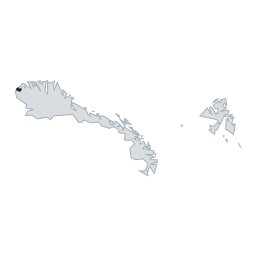 Flekkefjord nor, Vest-Agder, Norway (highlighted), rotated 90°
{"feature_id": "86288312B20196044889227", "entity_name": "Flekkefjord nor", "entity_type": "district", "adm_level": 2, "iso_a3": "NOR", "parent_name": "Norway", "parent_adm1": "Vest-Agder", "projection": "albers", "projection_center": [6.638, 58.382], "detail": "fine", "context": "in_parent", "style": "filled", "palette": "slate", "viewbox_px": 256, "rotation_deg": 90, "n_neighbors": 0, "source": "geoboundaries", "source_scale": "gbopen_adm2", "svg_char_len": 4899}
<svg xmlns="http://www.w3.org/2000/svg" viewBox="0 0 256 256"><g transform="rotate(90 128 128)"><path d="M144.0,121.4L139.2,125.0L140.4,126.5L140.0,131.6L133.4,130.8L132.9,136.8L128.7,138.2L126.8,143.2L128.4,146.7L125.8,154.6L122.1,156.9L122.8,165.2L120.0,172.7L122.0,173.7L122.4,177.4L114.4,183.2L115.9,202.1L119.7,205.5L117.2,209.3L118.9,218.3L115.2,223.8L115.5,230.5L111.2,228.2L109.6,222.4L107.9,230.2L104.6,229.3L97.6,239.3L91.4,240.6L83.5,233.5L84.0,230.6L86.6,232.1L87.9,230.7L85.5,229.7L88.2,225.1L81.6,228.4L82.6,224.2L87.2,222.5L84.8,222.0L86.9,218.3L91.2,215.4L87.0,217.1L81.7,224.2L82.1,219.7L84.6,219.3L81.9,216.0L84.5,213.6L81.8,214.1L81.4,210.0L91.4,211.0L94.1,208.3L81.9,208.5L83.1,205.5L81.2,201.5L86.4,202.5L89.8,201.7L82.3,198.7L96.2,192.9L89.8,193.1L93.7,189.2L98.6,191.7L96.4,188.6L98.2,184.1L108.1,185.1L110.9,179.4L104.9,184.7L102.6,182.9L110.3,169.6L114.6,168.0L116.1,165.5L112.9,166.4L116.0,159.3L114.9,157.9L119.8,155.4L116.1,156.5L116.1,152.4L119.2,147.2L124.3,145.8L120.4,145.6L122.1,142.3L124.8,144.3L125.0,142.5L121.1,140.1L125.2,135.4L126.9,138.6L125.9,134.4L130.8,132.5L126.7,132.1L131.6,125.1L131.7,121.9L134.1,123.1L132.9,121.5L136.2,117.8L136.7,121.5L138.1,115.9L138.6,121.9L140.5,119.7L139.2,116.0L144.2,115.7L141.1,112.4L145.4,110.0L148.6,113.2L150.9,102.2L154.7,103.0L154.2,110.4L156.9,101.4L158.6,106.0L159.6,104.7L159.9,98.6L162.9,98.9L162.2,102.2L163.4,101.8L164.4,105.8L164.6,99.4L173.4,101.7L166.8,106.1L171.1,108.7L175.6,108.1L171.0,116.4L170.8,111.7L169.5,110.1L163.5,108.0L158.8,113.3L159.7,120.3L157.8,124.9L148.3,126.1L144.0,121.4ZM110.6,26.9L114.4,28.3L114.6,31.7L115.9,29.7L117.0,32.4L124.1,35.4L119.5,39.5L116.0,56.1L108.0,48.8L114.8,44.5L107.9,46.5L106.7,44.4L114.7,40.0L112.9,39.5L113.5,38.0L108.5,38.2L108.6,40.8L105.2,42.7L100.5,37.0L102.9,36.8L101.7,34.1L100.0,35.6L98.5,30.5L105.1,29.1L105.7,29.9L102.8,31.7L106.2,33.3L107.7,29.6L112.0,35.6L110.0,29.8L110.6,26.9ZM117.5,22.3L123.7,24.4L124.4,20.8L125.2,21.0L125.2,22.9L127.6,20.9L134.5,22.6L129.0,30.3L119.9,29.9L118.8,29.3L121.0,27.5L116.4,28.3L115.1,27.2L116.3,26.1L114.1,25.6L117.2,25.2L116.5,23.6L117.9,24.2L117.5,22.3ZM124.9,36.5L130.1,39.1L129.6,40.7L134.4,41.5L130.4,46.9L129.4,46.8L129.5,44.6L125.4,46.4L126.3,42.1L121.9,38.1L124.9,36.5ZM123.9,132.2L126.6,130.3L118.6,136.6L122.5,131.9L122.2,127.6L124.2,125.1L123.9,132.2ZM127.3,123.7L131.1,122.8L127.0,126.7L127.3,123.7ZM130.7,120.8L135.5,115.7L133.4,120.5L130.7,120.8ZM98.6,37.6L101.9,41.3L102.7,43.0L100.2,41.2L98.6,37.6ZM120.6,128.3L121.8,132.0L118.5,131.4L120.6,128.3ZM146.9,105.2L145.5,108.3L142.4,107.9L145.6,106.6L146.9,105.2ZM147.8,107.0L147.6,110.2L146.2,109.7L147.8,107.0ZM115.0,137.3L118.0,136.1L114.9,138.9L115.0,137.3ZM146.9,15.6L142.9,17.9L147.0,15.4L146.9,15.6ZM139.8,29.0L142.6,28.6L138.7,30.4L139.8,29.0ZM152.6,101.4L154.5,100.2L155.3,100.6L152.6,101.4ZM148.9,105.8L148.9,107.6L148.0,106.3L148.9,105.8ZM138.7,113.0L139.0,114.6L138.1,114.2L138.7,113.0ZM126.0,73.6L126.0,75.1L124.9,74.1L126.0,73.6ZM137.1,32.3L135.8,32.5L135.5,32.0L137.1,32.3ZM108.3,169.7L109.1,171.1L107.2,170.9L108.3,169.7ZM135.0,113.4L136.2,113.8L137.0,114.6L135.0,113.4ZM114.6,23.8L115.3,24.6L114.4,24.4L114.6,23.8ZM99.1,183.0L96.8,183.3L99.2,182.3L99.1,183.0ZM95.9,185.5L95.1,186.7L94.7,186.1L95.9,185.5ZM114.4,139.4L113.5,140.8L114.4,138.4L114.4,139.4ZM81.4,216.6L81.1,218.5L81.0,216.0L81.4,216.6ZM114.0,158.3L113.5,157.2L114.1,157.2L114.0,158.3ZM171.1,107.1L171.3,108.4L171.2,108.3L171.1,107.1ZM114.7,159.3L113.6,159.7L115.0,159.0L114.7,159.3ZM111.4,162.2L111.6,163.3L111.0,163.0L111.4,162.2ZM81.0,208.4L80.4,209.5L80.5,208.6L81.0,208.4Z" fill="#d9dde1" stroke="#a8b0b8" stroke-width="1"/><path d="M90.4,235.7L90.2,235.7L90.2,235.8L89.9,235.8L89.6,235.8L89.6,235.7L89.7,235.4L89.7,235.2L89.4,235.2L89.2,235.2L89.3,235.3L89.2,235.3L89.3,235.4L89.2,235.4L89.2,235.5L89.1,235.8L89.2,236.0L89.3,236.1L89.3,236.3L89.3,236.5L89.2,236.5L89.2,237.1L89.1,237.3L89.0,237.6L88.9,237.7L88.7,237.7L88.5,237.8L88.4,237.9L88.3,238.0L88.2,238.0L88.3,238.2L88.5,238.1L88.5,238.3L88.8,238.3L88.7,238.3L88.8,238.3L89.0,238.4L89.3,238.5L89.3,238.4L89.4,238.5L89.5,238.5L89.4,238.5L89.5,238.5L89.5,238.4L89.4,238.2L89.5,238.0L89.4,238.0L89.5,237.9L89.4,237.9L89.5,237.9L89.5,237.7L89.5,237.8L89.5,238.0L89.6,238.3L89.6,238.2L89.6,238.3L89.7,238.5L89.8,238.6L89.8,238.4L90.0,238.4L90.1,238.2L90.1,237.9L90.1,237.6L90.2,237.4L90.3,237.4L90.3,237.6L90.5,237.6L90.8,237.5L90.9,237.4L90.9,237.5L90.9,237.4L90.9,237.1L90.7,236.9L90.6,236.7L90.6,236.2L90.6,235.9L90.4,235.8L90.4,235.7ZM89.0,238.4L89.0,238.5L89.1,238.8L89.3,238.9L89.4,238.7L89.2,238.5L89.0,238.4ZM88.9,238.4L88.8,238.5L88.9,238.8L89.0,238.7L88.9,238.5L89.0,238.5L88.9,238.4L88.9,238.5L88.9,238.4L88.9,238.4ZM89.6,238.5L89.5,238.8L89.4,238.8L89.5,238.8L89.4,238.8L89.5,238.9L89.6,238.7L89.6,238.5ZM88.7,238.6L88.8,238.6L88.7,238.6L88.7,238.6Z" fill="#64748b" stroke="#1e293b" stroke-width="1.5"/></g></svg>